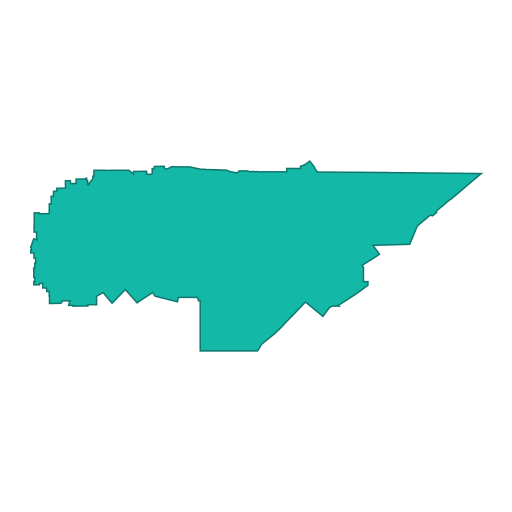 Lake Grace, Western Australia, Australia (Albers equal-area conic projection)
{"feature_id": "25037944B30102722037957", "entity_name": "Lake Grace", "entity_type": "district", "adm_level": 2, "iso_a3": "AUS", "parent_name": "Australia", "parent_adm1": "Western Australia", "projection": "albers", "projection_center": [119.193, -33.129], "detail": "fine", "context": "isolated", "style": "filled", "palette": "teal", "viewbox_px": 512, "rotation_deg": 0, "n_neighbors": 0, "source": "geoboundaries", "source_scale": "gbopen_adm2", "svg_char_len": 5508}
<svg xmlns="http://www.w3.org/2000/svg" viewBox="0 0 512 512"><path d="M49.5,299.8L49.5,303.5L55.7,303.4L56.7,303.4L60.9,303.3L61.2,302.8L61.7,302.4L62.0,301.7L62.1,300.9L70.0,300.8L69.3,301.5L69.4,302.6L69.1,303.3L69.0,304.3L68.6,305.4L72.8,305.4L72.8,306.1L77.0,306.1L81.5,306.0L87.9,306.0L87.9,304.7L92.1,304.7L96.6,304.7L96.6,296.3L97.4,295.8L103.1,292.6L107.8,298.2L111.9,303.1L112.3,303.1L114.8,300.4L118.2,296.9L125.3,289.6L126.0,290.3L137.0,302.8L137.5,302.8L137.7,302.3L149.3,294.7L152.7,292.5L154.0,294.5L155.1,296.2L158.1,296.9L162.7,298.1L172.7,300.6L173.6,300.8L177.4,301.8L178.3,297.4L178.7,297.4L182.8,297.4L184.9,297.4L197.1,297.4L197.2,297.6L197.9,298.8L198.3,299.1L198.4,299.3L198.4,300.7L200.2,300.7L200.2,304.2L200.2,305.3L200.2,306.7L200.2,320.2L200.2,327.4L200.2,340.1L200.2,342.9L200.2,347.2L200.2,350.9L222.8,350.9L257.6,350.9L259.7,347.6L261.5,344.4L262.2,343.7L262.9,343.2L264.1,342.2L265.7,340.9L268.9,338.3L271.5,336.2L273.4,334.6L275.4,333.0L278.3,330.0L278.6,329.7L278.8,329.6L279.0,329.6L281.0,327.5L283.7,324.6L285.7,322.5L290.4,317.6L291.7,316.1L291.9,316.3L292.2,315.9L293.3,314.7L295.1,312.9L298.1,309.7L300.2,307.5L303.7,303.8L305.2,302.3L305.8,302.3L309.2,305.1L312.2,307.5L314.7,309.6L315.7,310.4L319.2,313.3L322.2,315.8L322.9,316.4L323.1,316.1L323.2,315.9L325.5,312.9L328.2,309.3L329.5,307.6L329.7,307.4L330.4,307.1L331.0,306.7L331.7,306.4L332.5,306.0L332.8,306.0L334.7,306.1L337.4,306.1L338.9,306.2L338.1,305.5L343.3,302.2L347.5,299.5L351.6,296.8L354.8,294.8L356.3,293.8L357.1,293.2L359.3,291.6L363.1,288.8L367.1,285.9L367.9,285.3L367.9,285.0L368.0,281.6L363.4,281.6L363.5,268.9L363.5,267.6L362.2,265.3L367.3,262.1L369.8,260.5L372.4,258.9L374.1,257.8L379.2,254.5L379.5,254.3L373.0,245.3L384.2,245.0L386.3,245.0L389.4,244.9L393.5,244.8L396.5,244.7L399.6,244.6L402.6,244.5L405.7,244.4L409.7,244.3L410.9,241.6L411.6,239.7L412.8,237.0L413.9,234.2L415.4,230.6L416.2,228.7L417.3,226.0L419.9,223.8L421.8,222.2L423.1,221.1L425.0,219.5L426.9,217.9L428.2,216.8L430.1,215.2L432.6,215.8L434.5,214.2L436.6,212.5L436.3,211.6L436.4,211.0L438.3,209.4L440.3,207.7L443.5,205.1L444.8,204.0L447.3,201.8L448.6,200.8L450.1,199.5L450.4,199.5L450.7,199.4L460.0,191.6L460.6,191.0L461.9,190.0L464.4,187.8L468.3,184.5L470.2,182.9L472.7,180.7L475.3,178.6L477.9,176.4L478.1,176.2L479.6,174.9L481.3,173.6L475.9,173.5L471.8,173.4L467.6,173.4L464.5,173.4L460.4,173.3L457.3,173.3L454.2,173.3L451.1,173.2L447.9,173.2L444.8,173.2L442.8,173.1L439.6,173.1L436.5,173.1L433.4,173.0L430.3,173.0L427.2,173.0L424.1,172.9L421.0,172.9L416.8,172.9L413.7,172.8L409.6,172.8L407.5,172.8L403.3,172.7L398.2,172.7L393.0,172.6L388.8,172.6L385.7,172.5L382.6,172.5L378.5,172.5L376.4,172.4L374.3,172.4L370.2,172.4L368.1,172.4L360.9,172.3L355.7,172.3L350.5,172.3L345.3,172.2L341.2,172.2L337.1,172.2L332.9,172.1L329.8,172.1L326.7,172.1L324.6,172.1L322.6,172.1L319.5,172.1L317.4,172.0L315.4,169.3L314.5,167.6L313.9,166.3L309.8,161.1L306.0,163.8L304.7,164.8L300.5,166.2L300.5,168.5L296.4,168.5L291.1,168.5L286.7,168.4L286.7,171.8L281.9,171.8L272.5,171.8L271.5,171.8L271.4,171.8L268.6,171.8L265.9,171.8L265.7,171.8L263.6,171.8L260.7,171.8L257.8,171.8L256.9,171.5L255.7,171.8L254.4,171.8L253.7,171.4L252.9,171.4L252.5,171.5L252.2,171.7L250.2,171.7L249.4,171.5L248.5,171.3L246.8,170.9L245.9,170.9L242.9,170.9L239.1,170.9L237.4,172.9L234.9,172.5L232.1,172.0L230.3,171.7L226.9,170.3L226.7,170.1L225.7,170.1L221.8,170.0L216.9,169.8L214.0,169.7L212.0,169.7L211.8,169.6L211.0,169.6L207.5,169.6L205.9,169.6L205.7,169.5L204.6,169.2L203.0,169.2L202.4,169.5L202.0,169.4L201.6,169.4L195.5,168.1L194.5,167.9L189.5,166.9L186.5,166.9L182.9,166.9L180.3,166.9L179.6,166.8L177.8,166.8L173.1,166.8L172.8,166.6L172.6,166.5L171.7,166.8L170.9,167.0L169.5,167.8L168.2,168.5L167.1,169.0L165.9,168.9L164.2,167.8L164.2,166.3L162.1,166.3L159.3,166.4L157.5,166.4L155.6,166.4L154.7,166.4L154.3,166.6L154.2,166.9L154.2,167.9L154.1,168.2L154.0,168.4L153.7,168.5L152.2,168.6L152.2,173.6L151.6,174.3L147.7,174.3L146.6,174.3L146.6,171.3L144.6,171.3L142.9,171.3L139.1,171.4L133.7,171.4L133.2,173.9L133.2,174.0L132.5,173.3L129.7,170.9L128.9,170.3L125.3,170.3L124.3,170.3L122.2,170.3L120.1,170.3L115.7,170.3L112.2,170.3L111.0,170.3L109.6,170.4L109.2,170.4L108.6,170.4L107.9,170.4L105.4,170.4L104.5,170.3L103.7,170.2L101.2,170.2L97.7,170.3L93.9,170.3L94.0,176.1L92.8,176.2L92.9,178.9L92.1,179.8L91.7,180.2L91.5,180.3L91.4,180.4L90.9,181.0L89.1,183.4L88.9,183.6L88.8,183.8L88.8,184.1L88.8,184.4L88.9,184.6L87.6,184.7L87.6,180.4L86.6,180.4L86.6,178.9L86.6,178.2L84.2,178.9L84.0,179.0L78.8,179.0L76.1,179.1L76.1,183.5L75.2,183.5L70.4,183.6L70.4,180.7L65.4,180.8L65.5,188.2L65.4,188.2L62.4,188.2L56.8,188.3L56.8,190.9L56.8,191.0L53.5,191.3L53.5,196.3L51.1,196.3L51.2,200.9L51.2,203.9L49.2,203.9L49.3,205.6L49.3,209.6L49.2,209.6L49.3,213.6L49.2,213.6L46.5,213.6L42.5,213.7L39.2,213.7L39.2,212.9L34.2,212.9L34.2,216.0L34.2,222.8L34.0,227.4L34.1,232.1L36.6,232.1L36.6,235.5L36.6,238.2L37.0,238.9L37.0,239.9L33.8,238.7L32.4,242.6L30.7,247.3L31.4,247.6L31.4,249.6L30.8,249.6L30.8,252.3L30.8,252.5L30.8,252.9L33.9,252.9L33.9,253.0L34.0,258.1L35.6,258.0L35.7,263.2L35.4,263.2L35.4,263.3L34.7,263.3L34.8,268.0L33.7,268.0L33.7,269.4L33.7,269.5L33.8,269.9L33.8,273.5L33.8,277.5L34.5,277.5L34.5,277.4L34.9,277.4L34.9,280.6L35.0,281.4L34.9,281.4L33.8,281.5L33.8,284.8L37.1,284.8L39.4,284.8L39.4,284.1L39.4,283.5L42.7,283.4L42.8,288.0L45.0,288.0L46.6,288.0L46.7,291.4L46.7,291.5L49.2,291.4L49.2,296.0L49.5,296.0L49.5,299.8Z" fill="#14b8a6" stroke="#0f766e" stroke-width="1.5"/></svg>